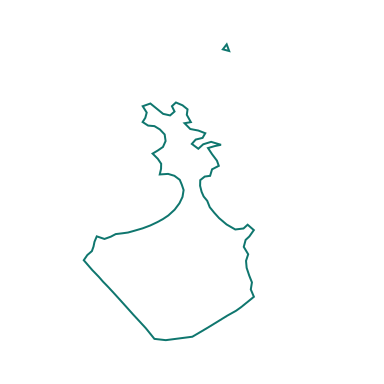 outline of Armação dos Búzios, Rio de Janeiro, Brazil, rotated 285°
{"feature_id": "56859067B15483842761864", "entity_name": "Armação dos Búzios", "entity_type": "district", "adm_level": 2, "iso_a3": "BRA", "parent_name": "Brazil", "parent_adm1": "Rio de Janeiro", "projection": "robinson", "projection_center": [-41.919, -22.776], "detail": "fine", "context": "isolated", "style": "outline", "palette": "teal", "viewbox_px": 384, "rotation_deg": 285, "n_neighbors": 0, "source": "geoboundaries", "source_scale": "gbopen_adm2", "svg_char_len": 1519}
<svg xmlns="http://www.w3.org/2000/svg" viewBox="0 0 384 384"><g transform="rotate(285 192 192)"><path d="M106.8,278.9L113.1,274.0L120.2,273.3L126.1,268.9L132.9,264.4L139.5,262.0L146.4,262.4L152.4,256.2L159.6,256.2L163.9,258.9L171.2,261.6L174.8,254.2L170.1,251.2L167.0,243.5L169.6,233.8L173.8,224.9L177.7,218.9L181.9,213.1L187.4,209.0L190.7,204.4L194.7,201.2L200.1,198.2L205.6,196.9L210.2,200.3L212.3,205.3L219.1,205.5L224.2,211.1L228.7,208.0L233.7,201.6L238.6,196.1L242.2,202.0L245.1,207.8L245.4,197.5L241.0,190.5L235.4,186.9L238.4,179.4L243.6,182.0L247.0,188.2L252.2,189.6L253.0,182.2L252.4,174.0L256.5,167.0L259.2,172.8L265.2,167.0L270.7,166.3L273.3,160.4L274.3,153.3L269.7,150.4L265.2,154.3L260.3,151.0L260.0,143.9L263.4,136.3L266.7,128.9L262.1,122.2L257.0,127.7L251.6,127.7L246.8,126.2L244.8,132.4L245.9,138.7L244.1,144.8L240.5,150.7L234.4,153.3L228.0,152.3L223.2,148.2L218.9,144.0L215.2,150.4L211.3,154.9L206.4,156.1L200.6,156.3L203.3,164.2L203.1,170.8L200.6,177.0L196.5,180.2L191.7,183.4L184.8,184.1L177.9,182.8L170.4,179.8L163.2,175.2L158.4,171.0L154.0,166.4L148.9,160.4L144.1,153.7L139.5,146.1L136.3,140.7L134.0,135.2L131.6,129.2L127.8,125.1L124.0,119.6L124.5,111.5L118.7,110.7L113.8,111.0L109.0,110.6L104.0,107.2L98.1,105.1L90.7,116.0L86.1,123.7L82.4,129.2L78.7,135.4L72.9,144.6L62.8,160.2L58.6,166.6L48.5,182.6L40.4,193.7L42.1,205.0L52.3,229.8L64.7,242.0L81.8,258.2L88.7,265.3L93.3,269.1L106.8,278.9ZM343.6,187.3L337.8,184.9L337.8,191.4L343.6,187.3Z" fill="none" stroke="#0f766e" stroke-width="2"/></g></svg>